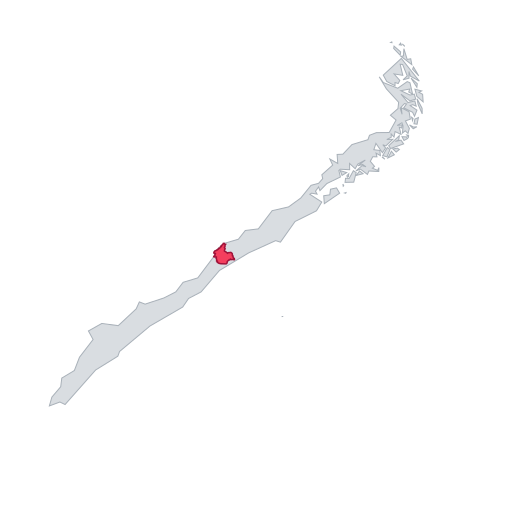 Región Metropolitana de Santiago on a map of Chile (Equal Earth projection), rotated 226°
{"feature_id": "CHL-2698", "entity_name": "Región Metropolitana de Santiago", "entity_type": "Region", "adm_level": 1, "iso_a3": "CHL", "parent_name": "Chile", "parent_adm1": "", "projection": "equal_earth", "projection_center": [-70.53, -33.621], "detail": "fine", "context": "in_parent", "style": "filled", "palette": "rose", "viewbox_px": 512, "rotation_deg": 226, "n_neighbors": 0, "source": "natural_earth", "source_scale": "10m", "svg_char_len": 5753}
<svg xmlns="http://www.w3.org/2000/svg" viewBox="0 0 512 512"><g transform="rotate(226 256 256)"><path d="M281.8,15.5L287.2,13.5L291.7,3.2L296.3,11.2L297.6,24.7L303.1,31.5L299.8,45.8L305.8,58.7L309.1,80.8L318.5,83.4L314.6,98.2L301.6,108.5L301.2,133.1L304.0,140.2L298.4,142.8L289.8,160.6L285.9,173.4L287.7,185.3L280.7,198.9L285.2,227.2L287.9,228.3L287.5,241.2L280.3,255.0L281.8,266.0L273.9,276.5L277.4,299.1L268.7,313.5L266.6,328.5L268.6,344.7L264.8,351.5L265.3,357.7L268.7,359.8L268.1,374.3L274.5,376.5L265.8,379.1L272.7,384.9L268.9,389.2L269.5,402.4L261.9,417.3L264.0,421.5L261.1,428.3L252.3,437.6L256.5,451.2L263.9,450.5L263.4,460.5L267.5,465.4L285.7,465.9L299.3,469.1L292.3,468.1L278.2,474.5L276.4,485.9L273.7,487.1L263.7,481.1L267.9,479.8L269.3,482.6L274.3,475.0L264.8,478.6L262.5,482.3L257.9,479.9L260.7,474.5L271.7,472.7L260.8,471.9L257.2,478.0L252.5,475.3L256.1,473.8L257.1,471.4L249.1,473.1L246.4,467.1L250.6,468.5L260.0,465.2L260.8,469.9L262.5,468.7L262.2,462.4L256.5,459.5L261.7,463.5L253.4,466.3L247.2,462.1L249.4,457.3L241.3,455.0L238.6,450.5L242.4,450.3L242.7,446.8L247.4,452.1L250.5,453.5L251.8,448.3L248.9,452.2L246.9,449.7L249.1,448.5L242.7,444.8L248.9,442.5L245.7,437.9L249.9,438.0L247.5,435.8L248.9,431.0L244.9,435.5L245.0,425.9L248.0,424.5L243.7,424.3L242.5,418.7L253.7,420.5L250.6,414.6L245.9,418.4L241.8,415.2L246.6,413.8L243.3,411.9L246.3,408.9L244.7,404.0L238.1,403.5L238.3,400.7L233.1,403.0L234.2,405.8L231.5,403.0L238.7,396.3L237.3,392.8L245.9,391.5L247.8,387.0L247.3,395.1L243.8,397.1L247.8,396.3L250.0,392.1L249.1,401.3L251.4,393.1L249.9,388.0L257.6,387.6L253.0,383.3L259.9,376.9L260.0,375.0L254.2,371.6L258.9,357.3L258.6,347.4L262.2,349.0L261.3,343.8L258.1,342.9L262.6,339.6L263.0,337.6L249.1,340.8L246.5,330.9L253.7,308.1L249.0,283.2L253.4,280.8L263.3,253.0L271.0,219.7L268.3,191.6L272.3,178.0L270.2,167.8L279.3,131.1L282.1,91.5L279.9,87.0L285.4,61.5L281.8,15.5ZM297.7,473.2L297.2,497.8L268.4,495.0L278.2,492.0L282.5,494.2L277.6,489.6L280.6,484.2L280.5,489.9L291.9,494.5L293.8,492.9L284.0,487.1L291.1,481.8L282.4,481.4L281.3,478.1L284.2,476.5L281.9,474.3L290.7,471.3L297.7,473.2ZM249.1,361.2L243.1,359.8L246.2,341.5L252.3,346.6L248.7,351.6L252.3,356.0L249.1,361.2ZM243.1,428.0L243.0,442.6L240.3,439.3L241.6,435.8L238.6,440.8L234.1,440.1L239.8,427.5L243.1,428.0ZM285.4,501.0L298.9,499.0L297.5,501.1L302.4,506.4L292.4,501.3L290.4,504.3L285.4,501.0ZM249.7,374.4L247.1,376.9L249.7,385.3L246.4,386.0L241.2,377.6L247.1,371.2L249.7,374.4ZM259.1,482.6L265.6,486.2L259.7,489.8L260.6,486.9L256.6,488.2L250.8,483.3L259.1,482.6ZM265.6,488.9L276.3,491.1L267.9,491.7L265.6,488.9ZM311.1,501.1L302.3,501.8L300.3,499.2L309.6,499.2L311.1,501.1ZM242.8,425.9L239.5,426.3L236.3,419.1L240.2,416.9L242.8,425.9ZM237.3,426.2L232.7,425.8L234.9,419.0L237.3,426.2ZM258.9,375.9L253.0,379.2L254.2,373.9L258.9,375.9ZM241.4,461.5L244.1,465.4L242.8,469.0L238.9,463.4L241.4,461.5ZM242.8,474.3L252.4,477.9L257.2,481.1L246.9,478.1L242.8,474.3ZM245.2,389.6L240.8,390.2L244.3,384.1L245.2,389.6ZM272.5,498.2L281.6,498.4L282.6,500.6L272.5,498.2ZM237.9,428.8L235.4,432.6L233.0,433.1L233.4,429.0L237.9,428.8ZM240.4,443.9L237.1,447.0L235.2,446.6L236.3,442.7L240.4,443.9ZM243.7,457.5L239.3,458.9L237.2,461.5L238.3,457.5L243.7,457.5ZM236.8,449.6L235.5,448.2L238.4,448.5L236.8,449.6ZM250.7,379.8L248.9,377.7L249.3,376.5L250.6,377.1L250.7,379.8ZM247.8,464.3L245.9,464.6L244.6,462.6L247.8,464.3ZM239.3,415.8L236.1,415.9L239.2,415.4L239.3,415.8ZM308.4,505.8L308.7,507.9L306.7,507.1L308.4,505.8ZM245.6,367.2L247.4,368.5L245.6,367.9L245.6,367.2ZM307.0,508.5L304.3,508.8L304.1,508.6L307.0,508.5ZM316.0,501.2L315.7,502.4L315.0,502.0L316.0,501.2ZM194.6,232.3L193.6,233.6L194.6,232.3ZM239.7,363.6L239.1,364.8L238.8,364.1L239.7,363.6Z" fill="#d9dde1" stroke="#a8b0b8" stroke-width="1"/><path d="M284.9,225.1L285.0,225.2L285.1,225.4L285.1,225.7L284.9,226.5L284.9,226.8L285.0,227.0L285.5,227.5L285.9,228.5L286.2,228.5L286.7,227.8L287.0,227.7L287.4,227.8L287.7,228.1L288.0,228.4L288.0,229.1L288.2,229.6L288.2,229.9L288.2,230.1L287.9,230.5L287.7,230.9L287.7,231.6L287.6,231.8L287.4,231.9L287.3,232.1L287.3,232.3L287.3,232.5L287.1,233.2L287.1,233.5L287.5,234.2L287.5,234.4L287.3,234.5L287.0,234.8L286.9,235.0L286.9,235.3L287.1,236.4L287.1,236.6L287.0,237.1L286.9,237.5L287.0,237.5L287.4,237.5L287.5,237.9L287.5,238.5L287.4,239.6L287.4,239.8L287.3,240.0L287.4,240.4L287.7,241.0L287.8,241.3L287.7,241.4L287.0,241.8L286.9,242.0L286.5,241.8L286.3,241.8L286.1,241.8L285.6,241.9L285.5,242.0L285.4,241.4L285.3,241.2L285.1,241.0L284.5,240.5L284.4,240.3L284.4,240.0L284.3,239.7L284.2,239.4L284.1,239.2L283.9,239.1L283.7,239.0L283.3,239.1L283.0,239.1L282.8,238.9L282.6,238.7L282.4,238.1L282.2,237.7L282.0,237.2L281.8,237.0L281.5,236.7L281.3,236.7L280.0,237.2L279.7,237.3L279.0,237.2L278.8,237.3L278.7,237.3L278.4,237.5L278.2,237.5L277.9,237.5L277.7,237.5L277.7,238.1L277.7,238.3L277.6,238.5L276.9,239.3L276.7,239.4L276.3,240.2L276.1,240.3L275.9,240.5L275.1,240.6L274.8,240.6L274.4,240.6L274.1,240.5L273.9,240.4L272.7,239.3L272.5,239.2L272.3,239.3L272.2,239.4L272.1,239.5L271.9,239.4L271.0,238.7L270.4,238.5L270.1,238.4L269.6,238.5L269.3,238.7L268.8,238.1L268.5,237.9L268.4,237.9L268.4,237.7L269.6,236.9L269.8,236.7L270.4,235.9L270.6,235.7L270.8,235.6L271.3,235.6L271.5,235.5L271.6,235.3L271.6,235.1L271.4,234.7L271.4,234.4L271.6,234.1L271.7,233.9L272.0,233.7L272.0,233.4L272.0,233.0L272.0,232.3L272.0,231.5L271.1,230.4L271.0,229.7L271.1,229.0L275.0,225.2L276.1,224.6L276.2,224.4L276.3,224.4L276.6,224.2L276.8,224.2L277.0,224.2L277.8,223.9L278.4,223.8L278.8,224.5L279.1,224.6L279.3,224.3L279.7,224.1L281.0,225.4L281.2,225.5L281.9,225.6L282.0,225.9L282.5,226.3L282.7,226.8L282.9,226.8L283.5,226.1L284.5,225.2L284.9,225.1L284.9,225.1Z" fill="#f43f5e" stroke="#9f1239" stroke-width="1.5"/></g></svg>